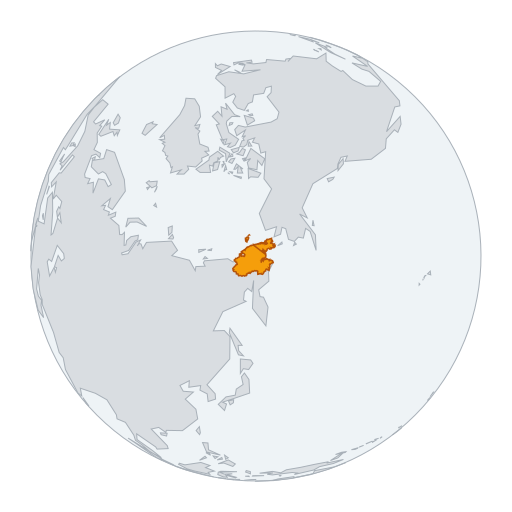 Chukchi Autonomous Okrug highlighted on a globe, orthographic projection, rotated 312°
{"feature_id": "RUS-2321", "entity_name": "Chukchi Autonomous Okrug", "entity_type": "Autonomous Province", "adm_level": 1, "iso_a3": "RUS", "parent_name": "Russia", "parent_adm1": "", "projection": "orthographic", "projection_center": [175.436, 66.707], "detail": "fine", "context": "on_globe", "style": "filled", "palette": "amber", "viewbox_px": 512, "rotation_deg": 312, "n_neighbors": 0, "source": "natural_earth", "source_scale": "10m", "svg_char_len": 18174}
<svg xmlns="http://www.w3.org/2000/svg" viewBox="0 0 512 512"><g transform="rotate(312 256 256)"><circle cx="256" cy="256" r="225" fill="#eef3f6" stroke="#a8b0b8"/><path d="M273.2,478.9L273.5,479.0L273.2,479.1L273.2,478.9ZM460.2,160.8L456.2,153.0L454.7,149.8L460.2,160.8ZM470.2,186.1L469.9,185.4L471.0,189.2L473.2,196.3L475.2,209.1L473.6,210.7L467.3,258.6L463.9,262.5L459.6,259.4L435.7,269.8L456.2,269.7L451.0,275.6L442.8,278.7L442.4,274.4L430.2,274.4L422.6,280.2L405.0,276.9L385.9,258.8L391.4,256.9L386.2,253.1L379.0,255.4L375.5,257.9L347.8,249.9L322.7,258.1L318.6,268.6L316.4,260.3L311.5,286.0L300.4,296.9L310.5,279.8L309.7,274.4L301.0,279.2L298.3,274.8L292.5,274.7L290.1,269.0L296.2,259.8L294.7,256.1L288.6,259.7L282.3,256.6L291.5,251.7L281.4,245.9L289.8,230.0L316.3,222.7L318.7,210.3L340.0,193.4L335.7,190.7L341.1,183.1L338.2,177.2L342.9,176.0L336.5,172.4L332.7,174.6L328.6,173.8L326.5,170.6L332.2,168.5L334.1,169.7L334.7,167.5L338.5,167.8L335.4,165.9L342.6,163.8L332.5,161.2L335.7,155.6L341.3,155.6L344.6,161.7L365.6,177.6L372.2,179.9L378.3,176.8L381.8,157.7L387.5,157.9L392.5,153.8L387.7,150.7L382.0,152.9L374.1,146.4L368.1,150.2L364.1,148.2L356.4,149.9L353.5,143.1L354.8,135.8L361.0,134.1L361.8,130.9L352.6,127.4L361.0,119.8L361.0,107.1L363.6,106.0L374.7,112.5L383.1,125.0L397.4,134.7L384.0,122.0L390.8,119.9L390.2,117.0L387.5,113.5L383.3,111.8L384.7,109.9L398.5,121.5L397.4,123.4L393.1,119.6L397.1,125.6L406.4,133.9L409.1,132.4L420.3,147.3L422.4,146.5L426.0,149.5L421.9,149.6L429.5,149.8L443.1,169.1L453.6,172.2L447.7,177.8L448.3,185.6L450.1,195.7L451.9,196.4L451.6,209.6L455.8,224.0L463.9,233.0L469.2,231.8L468.8,216.4L465.7,209.6L463.7,198.1L471.6,212.1L469.2,193.9L473.2,201.0L473.4,198.3L470.6,188.4L468.1,180.3L464.2,170.6L458.8,158.5L460.7,162.0L470.2,186.1ZM358.9,398.5L357.5,395.4L361.4,395.6L358.9,398.5ZM354.6,394.7L355.5,395.5L354.3,395.1L354.6,394.7ZM352.4,395.1L354.0,394.8L352.2,395.6L352.4,395.1ZM349.4,396.2L351.0,395.5L350.8,395.7L349.4,396.2ZM457.1,175.2L454.1,157.5L458.8,169.5L457.4,166.7L457.5,170.7L458.8,179.5L462.1,190.8L457.1,175.2ZM344.7,396.7L343.5,396.7L344.8,395.6L344.7,396.7ZM448.9,162.8L449.7,166.2L448.5,162.7L448.9,162.8ZM374.4,259.8L379.1,255.9L386.6,255.6L383.0,259.3L374.4,259.8ZM359.7,260.3L361.2,257.1L366.9,261.3L364.3,261.8L359.7,260.3ZM316.4,277.4L320.7,274.4L317.4,278.9L316.4,277.4ZM292.1,275.6L291.8,278.0L288.9,276.9L292.1,275.6ZM358.5,153.5L357.5,151.7L359.4,152.3L358.5,153.5ZM356.1,156.0L359.1,158.0L358.4,159.5L356.6,158.2L356.1,156.0ZM282.6,267.4L278.1,265.2L283.7,265.9L282.6,267.4ZM352.6,153.2L356.8,161.9L355.6,164.5L347.5,162.0L352.6,153.2ZM276.2,262.9L265.3,257.9L263.6,262.5L262.4,246.9L272.1,256.1L279.2,256.1L275.5,259.1L276.2,262.9ZM332.4,176.7L336.3,174.2L334.9,179.3L332.4,176.7ZM332.5,180.2L334.1,197.4L327.2,199.8L328.1,193.4L320.7,199.0L316.5,191.6L319.7,186.9L324.9,186.8L319.3,184.1L332.5,180.2ZM263.5,239.2L261.8,236.7L264.8,237.6L263.5,239.2ZM326.8,173.9L327.8,177.1L321.9,179.3L318.9,173.3L321.8,174.5L326.8,173.9ZM320.8,204.2L315.9,204.9L311.2,199.0L308.6,198.6L315.8,191.6L320.8,204.2ZM322.1,172.4L317.6,170.3L318.5,166.4L325.5,170.9L322.1,172.4ZM321.6,182.4L318.6,183.2L319.3,180.8L321.6,182.4ZM319.1,151.7L320.4,155.3L317.4,156.7L319.1,151.7ZM315.9,169.7L315.6,171.1L314.5,172.1L311.8,170.0L315.9,169.7ZM312.0,188.1L311.1,185.6L308.8,190.6L305.2,186.6L310.7,182.8L306.8,182.7L305.7,181.5L311.4,179.8L312.0,188.1ZM306.0,170.9L311.7,164.9L310.1,157.8L312.7,156.3L314.9,168.0L306.0,170.9ZM308.7,176.2L307.6,172.6L311.4,172.5L314.5,174.9L308.7,176.2ZM300.8,185.3L304.9,192.4L303.6,193.1L300.8,185.3ZM304.8,168.8L303.4,170.3L304.2,168.3L304.8,168.8ZM301.2,180.2L302.8,182.6L301.3,183.2L301.2,180.2ZM299.4,171.4L301.2,169.5L303.4,171.0L299.4,171.4ZM299.6,175.5L297.1,175.7L303.0,172.8L300.6,176.4L299.6,175.5ZM299.4,180.4L299.1,181.6L299.0,179.3L299.4,180.4ZM290.2,166.8L297.2,162.6L301.9,166.0L294.5,169.6L290.2,166.8ZM298.2,34.7L260.4,36.1L248.3,35.7L212.4,42.4L207.4,43.2L207.8,40.3L177.9,47.4L172.7,51.6L149.3,62.2L136.2,71.0L138.1,77.0L159.7,62.4L167.1,62.1L152.8,75.4L134.5,89.6L136.8,90.0L151.4,83.2L150.4,89.0L156.9,81.3L151.9,82.5L155.9,77.9L160.6,76.5L160.1,78.5L166.5,75.2L167.5,66.9L162.6,67.2L177.4,58.0L170.6,57.8L173.5,54.8L186.1,54.1L187.3,55.7L208.2,54.6L208.3,52.0L188.6,53.0L193.3,51.6L193.3,48.6L197.1,49.8L218.5,49.8L234.1,45.4L248.4,37.0L258.6,36.2L269.6,37.5L269.9,44.5L247.0,45.5L246.8,48.5L256.1,52.5L248.3,52.6L249.3,54.5L241.1,55.7L234.2,62.1L226.6,64.4L228.3,71.8L224.6,74.0L224.6,68.9L220.6,66.7L202.2,73.8L200.0,76.5L202.5,80.9L197.1,82.5L202.0,85.8L193.6,92.8L207.9,87.3L211.3,92.7L208.6,99.7L212.3,100.7L216.7,89.2L216.1,85.6L211.5,84.0L212.1,73.9L217.5,70.5L226.5,77.7L235.1,73.8L238.4,81.5L224.7,107.0L216.7,115.5L194.3,118.2L193.6,113.0L201.3,109.3L190.1,107.8L193.0,110.3L188.5,111.7L190.6,117.6L187.5,119.0L194.8,122.5L191.3,124.8L186.7,122.5L186.9,133.7L180.7,140.3L182.3,142.2L185.6,142.4L175.6,150.9L177.1,151.9L181.0,149.5L186.6,150.1L192.7,154.7L188.9,157.3L186.2,156.1L174.8,157.6L168.3,154.1L167.3,155.7L172.1,159.4L186.0,157.5L190.7,159.5L184.1,161.1L186.9,160.7L188.0,162.5L185.6,167.0L192.8,165.5L210.6,183.3L207.7,193.9L199.9,193.2L208.3,209.4L204.4,220.7L207.9,218.4L214.4,225.0L215.7,221.5L217.9,220.9L235.1,236.9L236.2,243.0L247.6,247.8L249.5,246.7L249.3,242.4L262.4,246.9L263.6,262.5L259.3,264.2L262.9,273.1L252.7,275.8L245.9,282.4L232.7,280.6L228.5,286.2L230.4,289.1L226.1,299.1L210.7,310.1L214.7,288.4L236.3,270.6L226.7,276.6L226.4,271.5L221.4,271.5L214.9,276.2L215.7,279.0L192.5,268.6L171.8,274.4L179.4,282.3L178.7,290.6L161.9,305.4L127.5,305.7L126.3,317.8L122.6,321.7L115.8,317.8L120.9,312.0L118.8,304.1L122.7,301.6L113.5,293.9L118.7,289.9L108.9,286.1L106.8,292.4L113.0,300.5L102.3,299.2L101.9,313.9L95.9,321.7L77.0,318.2L66.4,306.0L64.6,307.1L63.5,298.4L57.3,293.9L55.7,316.9L54.1,319.6L46.3,311.7L47.0,309.2L44.0,286.3L40.0,290.4L42.2,309.4L42.8,320.6L39.6,308.5L39.4,298.0L38.4,289.7L41.1,285.1L45.0,270.3L42.0,261.7L44.6,258.5L49.4,241.4L46.5,228.5L40.2,213.9L35.4,220.2L35.0,215.5L44.1,190.4L51.4,180.8L52.6,174.3L63.7,156.7L76.9,129.7L80.6,126.2L82.7,121.7L90.7,112.3L97.1,107.8L101.1,102.5L84.7,115.0L80.6,121.1L79.6,126.3L75.6,129.1L68.1,139.4L70.0,130.3L82.3,112.5L97.0,96.4L97.7,95.7L130.4,72.6L131.1,73.2L131.3,73.1L131.9,73.0L131.8,71.2L138.4,68.3L117.8,78.8L113.0,81.9L108.8,85.4L122.1,74.9L136.0,65.3L150.6,56.9L165.9,49.5L181.6,43.4L197.7,38.4L214.2,34.6L230.9,32.1L247.8,30.9L264.7,30.9L281.5,32.2L298.2,34.7ZM270.1,32.2L270.3,31.8L270.1,32.2ZM112.0,104.7L103.0,116.0L112.4,113.6L109.7,117.8L113.9,115.6L113.1,113.4L124.0,108.6L122.1,114.7L125.9,115.2L129.1,111.5L130.9,101.2L115.2,107.8L115.0,104.1L112.0,104.7ZM461.1,172.6L459.7,168.3L459.5,166.6L460.8,170.1L461.1,172.6ZM445.5,137.2L443.2,132.9L446.3,138.0L445.5,137.2ZM453.2,154.8L447.5,140.8L453.4,151.5L456.8,160.4L453.6,153.3L453.2,154.8ZM452.8,166.6L452.3,164.1L453.5,165.5L452.8,166.6ZM448.1,160.3L448.5,161.4L448.1,162.3L448.1,160.3ZM390.0,119.2L388.9,118.3L386.8,114.7L389.2,116.4L390.0,119.2ZM369.0,99.7L371.8,97.1L371.5,100.0L375.4,101.7L379.5,110.0L365.1,105.9L370.9,106.2L369.0,99.7ZM381.0,120.5L380.0,115.4L381.7,121.1L381.0,120.5ZM262.8,64.8L258.5,63.5L259.5,60.7L269.1,58.6L267.9,62.6L262.8,64.8ZM252.3,62.3L258.6,70.4L252.8,72.3L255.0,69.8L250.5,70.2L252.8,66.4L241.2,60.6L241.2,57.8L259.1,55.1L253.2,57.4L257.7,58.4L252.3,62.3ZM284.8,90.3L287.5,94.5L271.5,92.9L270.9,89.2L280.5,86.7L286.9,89.7L284.8,90.3ZM337.5,147.4L339.6,149.6L338.0,150.1L335.0,148.7L337.5,147.4ZM320.0,153.3L326.9,138.7L329.6,140.4L330.5,130.1L337.9,130.7L337.1,137.2L343.5,130.2L345.7,136.3L349.2,131.1L346.7,145.6L349.0,151.0L343.6,144.7L336.7,144.0L334.4,145.4L329.6,153.3L331.1,165.0L324.5,166.4L319.5,164.3L318.1,161.7L322.8,161.5L317.6,158.2L323.4,156.0L320.0,153.3ZM264.0,142.5L270.0,142.8L260.5,136.9L266.3,134.2L264.8,133.7L267.5,129.7L268.2,124.0L271.3,123.6L270.3,121.6L272.0,119.0L271.6,116.1L277.1,114.5L277.0,110.9L279.6,112.2L278.0,106.5L281.7,110.0L284.3,107.2L279.4,105.3L310.0,104.8L320.0,102.3L326.4,98.4L331.8,105.3L329.3,113.6L322.3,121.7L311.9,123.3L316.2,126.3L312.5,128.0L310.7,124.9L311.3,130.7L307.8,131.3L301.6,139.3L304.7,147.6L302.6,150.9L299.6,148.0L299.5,153.3L292.3,150.1L290.6,152.4L281.8,151.6L277.0,144.9L275.4,148.0L268.7,147.7L264.0,142.5ZM287.7,166.3L280.7,158.5L280.3,153.3L295.8,156.8L298.3,155.2L308.2,157.5L308.5,165.1L305.6,163.7L302.9,164.1L303.9,161.6L301.1,164.0L297.1,162.2L293.8,163.6L292.4,160.6L287.7,166.3ZM203.8,45.5L200.3,46.4L195.2,48.2L195.2,46.5L203.8,45.5ZM218.5,45.2L215.6,46.1L213.1,44.2L216.7,43.4L218.5,45.2ZM216.3,48.4L215.7,46.3L218.2,46.9L216.3,48.4ZM222.2,70.2L219.4,71.7L218.3,70.9L218.8,68.9L222.2,70.2ZM237.0,125.4L240.5,126.2L240.2,127.5L245.5,132.5L241.7,135.0L237.0,133.0L237.0,125.4ZM140.5,73.7L143.0,70.4L145.5,69.3L144.2,70.6L140.5,73.7ZM169.4,56.0L161.7,59.2L169.4,55.5L169.4,56.0ZM233.7,129.0L236.3,130.7L232.8,130.9L233.7,129.0ZM239.2,137.2L235.4,137.9L241.8,135.9L239.2,137.2ZM70.8,383.5L75.0,389.3L70.8,383.5ZM66.3,376.5L70.7,382.9L65.9,376.2L66.3,376.5ZM72.5,385.4L77.0,391.1L79.0,393.2L78.9,393.4L72.5,385.4ZM63.5,372.2L50.3,347.6L45.7,336.7L46.3,337.6L53.7,354.0L63.5,372.2ZM45.9,336.8L39.7,317.2L35.1,282.8L36.6,290.9L42.2,321.2L41.8,321.1L45.5,333.7L45.9,336.8ZM63.2,365.2L62.8,367.7L55.0,354.0L51.7,347.2L49.4,337.9L50.7,337.7L53.2,342.9L65.7,353.2L69.5,362.0L65.0,360.1L68.3,369.0L63.2,365.2ZM35.0,222.0L32.7,232.3L32.8,228.5L35.0,222.0ZM72.9,354.2L66.4,350.7L73.1,352.1L72.9,354.2ZM78.2,352.9L77.5,355.5L76.3,350.4L78.2,352.9ZM62.4,310.0L59.7,305.1L60.6,303.3L64.8,308.6L62.4,310.0ZM91.3,328.1L87.4,332.9L85.5,333.6L86.2,328.3L91.3,328.1ZM204.8,154.9L201.7,144.9L196.9,139.8L190.3,139.9L198.3,135.6L205.7,143.4L204.8,154.9ZM210.3,179.4L216.1,179.4L214.6,182.4L213.0,182.9L210.3,179.4ZM213.1,177.2L218.4,171.7L222.3,173.7L217.3,177.7L213.1,177.2ZM225.8,149.4L225.1,146.2L228.0,146.1L225.8,149.4ZM88.0,406.0L89.3,407.5L99.9,418.3L105.0,421.5L117.4,431.8L116.3,432.3L132.2,444.1L135.7,443.2L152.6,456.0L162.5,461.0L145.9,452.5L130.0,442.8L115.0,431.7L100.9,419.4L88.0,406.0ZM214.2,477.1L217.8,477.8L225.8,479.2L219.8,478.3L214.2,477.1ZM264.4,479.9L267.6,480.1L263.3,480.3L264.4,479.9ZM273.2,479.1L267.9,479.5L273.2,478.9L273.2,479.1ZM225.0,477.4L227.5,477.9L226.3,477.9L225.0,477.4ZM223.4,477.0L224.5,476.8L225.2,477.3L223.4,477.0ZM203.5,470.2L205.0,470.2L206.1,470.7L203.5,470.2ZM81.4,397.3L86.6,402.0L90.1,405.7L81.4,397.3ZM200.1,468.6L195.5,467.2L195.7,466.9L200.1,468.6ZM199.7,467.6L198.8,466.8L202.6,469.1L199.7,467.6ZM190.4,463.5L196.4,466.4L189.9,463.5L190.4,463.5ZM187.3,462.7L183.4,460.8L183.5,460.7L187.3,462.7ZM149.4,447.1L163.3,457.1L153.5,452.3L142.0,444.2L135.6,442.1L119.3,430.7L122.3,431.8L119.4,427.8L104.3,414.7L101.3,410.4L106.1,413.7L97.0,404.0L106.9,412.3L111.5,419.5L117.4,421.6L128.7,430.5L140.7,439.2L151.6,447.5L149.4,447.1ZM108.1,420.0L109.9,421.6L108.6,421.2L108.1,420.0ZM175.9,456.5L181.6,460.0L181.1,460.2L178.5,459.0L175.9,456.5ZM153.8,448.2L165.0,451.2L167.9,452.5L160.7,451.9L153.8,448.2ZM161.7,447.9L167.4,450.9L170.8,453.8L169.7,453.8L161.7,447.9ZM87.7,397.9L87.5,398.5L85.1,395.3L87.7,397.9ZM90.6,400.6L98.2,409.0L90.1,400.7L90.6,400.6ZM70.9,373.6L72.7,378.3L78.3,384.1L74.0,380.7L78.4,389.5L77.4,389.2L72.9,380.2L72.3,382.7L69.9,379.3L68.0,373.9L70.1,372.6L72.5,373.9L83.0,386.2L70.9,373.6ZM90.4,397.6L88.5,392.8L90.0,392.3L92.0,396.0L90.4,397.6ZM84.1,379.6L80.6,370.6L76.3,366.9L85.9,371.9L87.6,379.8L84.1,379.6ZM82.6,367.0L78.5,363.6L83.4,365.4L82.6,367.0ZM78.1,361.1L78.7,357.9L81.3,362.0L78.1,361.1ZM84.6,369.5L87.0,365.9L87.5,370.4L84.6,369.5ZM80.2,350.4L84.2,362.8L77.3,350.4L81.6,341.1L84.9,345.4L80.2,350.4ZM128.1,336.4L129.9,332.5L134.2,335.6L131.8,337.4L128.1,336.4ZM149.9,343.0L135.9,335.2L125.0,329.0L126.3,333.1L120.1,336.0L120.5,327.2L131.2,328.0L138.7,333.7L143.9,330.4L151.9,332.4L156.5,326.0L161.3,325.7L159.5,333.4L149.9,343.0ZM158.2,323.0L169.0,313.3L175.2,321.6L174.2,325.6L166.7,326.5L163.8,322.0L158.2,323.0ZM173.4,313.5L170.8,309.1L181.2,287.4L184.9,285.0L180.3,305.5L177.6,302.5L174.0,306.5L173.4,313.5ZM260.2,238.6L261.7,236.9L261.9,239.6L260.2,238.6ZM218.5,218.8L221.5,218.5L221.7,221.5L218.5,218.8ZM230.1,219.2L227.8,216.1L231.8,218.3L230.1,219.2ZM222.4,209.2L227.6,214.3L220.4,211.1L222.4,209.2Z" fill="#d9dde1" stroke="#a8b0b8" stroke-width="1"/><path d="M238.4,242.5L240.2,242.8L240.6,242.5L241.5,243.5L242.7,243.6L244.3,244.2L245.7,243.3L246.0,243.6L245.8,243.8L246.2,244.3L246.0,244.9L246.1,245.5L247.5,246.3L247.5,247.2L247.7,247.5L248.8,247.4L249.2,247.7L248.9,247.2L249.2,247.0L249.3,247.4L249.3,247.0L249.7,246.5L249.8,246.7L250.0,246.6L249.8,246.6L249.7,246.1L249.7,245.6L249.5,245.2L249.4,244.4L248.8,244.3L248.9,244.0L249.4,243.7L249.4,243.0L249.5,242.4L249.3,242.3L249.4,242.2L252.4,243.1L253.0,243.7L253.0,243.9L253.3,243.7L252.9,243.4L253.1,243.2L254.0,243.6L256.4,243.5L256.1,243.6L256.8,244.0L257.0,243.8L256.5,243.5L256.9,243.5L257.1,243.8L257.8,244.3L260.6,245.2L261.0,245.6L260.5,245.4L260.5,245.6L261.3,245.8L262.4,246.8L261.8,246.4L262.0,246.7L262.4,246.8L263.6,262.2L263.2,262.4L262.8,263.2L261.3,264.2L261.1,264.1L261.6,263.8L259.7,263.7L259.3,263.3L259.4,263.2L259.3,262.9L258.5,262.4L257.4,262.5L257.8,262.7L258.5,262.5L259.1,263.4L258.7,263.6L258.0,263.2L257.7,263.4L257.0,262.9L256.5,263.5L255.3,263.6L254.8,263.9L254.3,263.9L254.9,264.0L255.4,263.6L256.5,263.6L257.1,263.0L257.7,263.8L257.2,264.2L257.1,264.3L257.1,264.5L257.7,263.9L258.2,264.4L258.6,263.8L259.4,263.6L259.3,264.4L259.4,264.9L260.1,265.6L260.7,265.7L260.8,265.1L260.7,264.8L261.4,266.4L261.2,266.2L261.1,266.5L261.3,266.6L261.1,266.6L261.5,266.7L261.8,268.0L261.5,267.8L261.8,268.0L261.1,268.0L261.7,268.2L261.8,268.5L261.6,268.8L262.0,268.7L261.8,268.3L261.8,268.1L262.3,269.1L262.0,268.8L261.9,269.0L263.0,269.8L263.1,270.1L262.8,270.4L263.3,270.8L263.5,271.5L263.2,272.2L262.7,272.4L262.8,272.9L262.6,273.2L260.8,272.3L259.4,272.2L259.4,271.5L259.6,271.2L259.2,271.7L258.8,271.0L258.9,271.4L258.7,271.8L258.9,272.2L259.3,272.1L258.2,272.4L257.5,273.2L255.8,274.2L255.7,273.8L255.5,274.4L254.8,274.8L254.8,274.7L254.5,274.5L254.7,274.9L254.2,275.2L254.2,274.5L254.0,274.1L253.6,274.2L253.6,273.7L253.4,273.4L253.6,273.1L253.5,272.7L253.2,272.7L252.8,272.3L251.4,272.9L251.3,273.1L249.9,272.5L248.8,273.0L248.3,272.8L247.6,273.2L246.6,273.0L246.1,271.9L246.3,271.5L245.9,271.5L244.8,270.1L244.4,270.2L243.6,269.6L245.1,268.0L245.6,267.8L245.8,267.5L245.8,266.9L245.5,266.6L245.5,266.3L244.7,265.9L244.6,265.3L244.2,264.7L242.9,264.5L242.2,263.3L241.5,263.5L240.5,263.1L239.9,263.2L240.0,263.0L239.7,262.4L239.2,262.3L239.1,261.9L238.7,261.9L238.6,262.5L238.4,262.4L238.3,262.1L237.4,261.3L236.8,261.5L236.3,261.1L235.9,261.5L235.5,261.5L235.5,261.9L235.3,262.0L234.8,261.9L234.6,261.5L233.4,260.9L233.4,260.2L232.8,259.5L231.6,259.1L231.2,257.6L229.7,256.3L229.9,255.7L230.6,254.6L229.6,253.4L230.4,252.5L230.7,252.3L230.8,251.5L229.7,250.0L229.7,249.7L229.9,249.4L229.8,249.0L230.0,248.6L230.3,248.3L230.9,248.4L230.7,247.8L231.1,247.2L231.4,247.1L233.4,247.2L233.6,247.0L235.2,247.3L235.9,247.0L237.2,247.7L237.4,247.6L237.6,247.0L237.9,246.7L237.9,245.9L238.3,245.7L238.0,245.1L238.0,244.7L238.5,244.4L238.1,243.5L238.2,243.3L238.1,243.0L238.4,242.5ZM262.4,246.8L263.0,247.1L263.1,246.8L263.4,247.4L264.1,247.6L264.7,248.2L264.3,247.9L264.4,248.4L265.4,248.8L265.6,249.1L265.4,249.4L265.9,249.0L264.9,248.3L266.3,249.2L265.9,249.3L266.1,249.6L266.5,249.3L266.8,249.5L266.6,249.5L266.9,249.6L267.7,250.1L267.4,250.3L267.8,250.6L268.3,250.5L267.8,250.1L268.8,250.6L268.5,250.8L268.6,251.1L268.2,251.3L268.5,251.5L269.3,251.6L268.7,251.1L268.9,250.7L269.8,251.2L269.8,251.4L270.1,251.8L270.0,251.7L270.1,252.1L269.9,252.4L270.2,252.5L270.4,252.1L270.2,251.9L270.7,252.3L270.8,252.5L270.7,252.6L270.7,253.6L271.1,254.0L271.3,254.7L270.9,255.0L271.8,255.4L271.9,255.6L271.8,255.9L272.0,256.1L271.9,256.4L272.3,255.9L272.2,255.6L272.5,255.5L272.7,256.0L272.7,256.5L272.9,256.1L272.7,256.0L273.0,255.8L273.0,255.6L272.0,255.2L272.5,254.7L272.1,253.6L271.2,253.4L272.6,252.9L272.9,253.0L273.0,253.0L273.5,253.1L273.2,253.1L273.4,253.2L273.2,253.4L273.3,254.0L273.6,253.8L273.4,253.6L273.5,253.3L273.6,253.5L274.1,253.6L274.7,253.3L273.6,253.1L275.6,253.0L275.7,253.3L275.8,253.5L276.3,253.6L276.4,254.0L278.2,255.0L277.9,255.4L278.4,255.1L278.7,255.4L278.4,255.5L278.9,255.4L279.5,255.7L278.2,256.8L278.4,256.9L278.4,257.2L278.6,257.5L278.5,257.8L278.0,257.8L276.9,257.2L277.4,257.8L277.9,258.0L277.9,258.5L277.5,258.4L276.3,258.8L276.7,258.6L275.9,258.6L275.9,258.4L275.7,258.3L275.7,258.1L274.8,258.2L275.6,258.5L275.8,258.9L275.7,258.9L275.8,259.1L276.2,258.8L276.2,259.7L275.4,259.9L276.2,259.8L276.3,260.3L276.5,260.4L276.2,260.9L275.6,261.5L275.2,261.5L275.0,261.9L275.5,261.6L275.7,261.9L275.3,262.3L275.6,262.2L275.5,262.6L275.7,262.4L276.3,262.5L276.8,263.0L276.2,263.2L275.6,262.9L275.4,263.0L275.8,263.0L275.9,263.5L275.6,263.5L275.7,263.8L275.4,263.9L275.0,263.8L275.0,263.2L274.7,262.5L274.9,262.9L274.9,263.4L274.5,263.7L273.9,263.5L273.7,263.1L273.1,262.7L272.6,262.5L272.6,262.1L272.4,261.8L272.4,262.2L272.1,262.3L272.0,262.0L272.0,262.4L271.3,262.5L271.2,262.4L271.3,262.2L270.4,261.7L270.5,261.5L270.4,261.4L270.5,261.1L270.2,260.7L270.1,260.1L269.9,260.0L268.3,259.6L267.7,260.3L265.9,260.4L265.8,260.2L265.9,259.4L265.6,259.4L264.9,258.2L265.4,258.3L265.4,257.9L265.6,257.8L265.5,257.3L265.6,256.8L265.4,256.9L265.2,257.7L264.9,257.8L264.6,257.5L264.6,257.2L264.5,256.8L264.5,257.3L264.1,257.1L264.5,257.7L264.4,257.9L263.9,258.0L263.7,257.8L263.6,258.7L263.7,259.2L264.6,259.9L264.5,260.1L264.6,260.3L264.3,260.8L264.3,261.5L264.1,261.8L263.6,262.2L262.4,246.8ZM261.7,236.8L262.8,236.5L263.7,236.6L265.0,237.7L264.5,238.5L262.5,239.2L261.8,239.0L261.7,236.8ZM261.8,239.0L261.4,239.4L260.8,239.5L260.3,239.8L260.1,238.8L260.4,238.1L261.7,236.8L261.8,239.0ZM247.9,243.3L247.8,243.6L247.6,243.6L247.6,244.0L247.0,244.3L245.6,243.1L246.4,242.4L247.9,243.3ZM276.1,261.4L276.8,261.6L275.9,262.0L276.1,261.4ZM248.5,243.8L249.0,243.7L248.7,244.0L248.5,243.8ZM276.2,262.2L276.2,262.4L275.8,262.3L275.8,262.2L276.2,262.2ZM267.2,236.8L267.2,237.0L266.9,236.8L267.2,236.8Z" fill="#f59e0b" stroke="#b45309" stroke-width="1.5"/></g></svg>